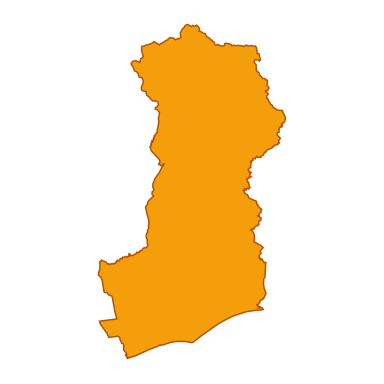 Tha Chana, Surat Thani, Thailand, rotated 91°
{"feature_id": "78962969B77729617047894", "entity_name": "Tha Chana", "entity_type": "district", "adm_level": 2, "iso_a3": "THA", "parent_name": "Thailand", "parent_adm1": "Surat Thani", "projection": "mercator", "projection_center": [98.995, 9.596], "detail": "fine", "context": "isolated", "style": "filled", "palette": "amber", "viewbox_px": 384, "rotation_deg": 91, "n_neighbors": 0, "source": "geoboundaries", "source_scale": "gbopen_adm2", "svg_char_len": 6042}
<svg xmlns="http://www.w3.org/2000/svg" viewBox="0 0 384 384"><g transform="rotate(91 192 192)"><path d="M359.4,253.7L357.0,246.2L350.4,232.4L346.6,222.9L345.3,221.2L345.7,220.5L345.6,219.3L342.7,210.6L341.7,204.8L341.6,195.7L342.6,189.7L342.4,188.5L336.0,180.7L325.2,166.0L321.2,159.9L315.5,149.3L310.8,135.9L309.1,125.9L308.7,119.9L308.2,118.7L306.6,119.8L306.6,121.8L305.4,121.9L305.6,122.8L306.6,122.8L306.8,123.9L304.6,124.0L304.3,125.0L303.6,125.2L303.2,124.8L303.4,124.2L302.8,123.4L301.9,123.3L301.3,122.1L299.8,122.2L299.2,121.2L298.7,121.1L298.1,119.4L297.5,119.6L296.8,118.3L292.0,116.2L287.3,118.1L283.3,118.9L277.9,118.8L275.6,117.5L262.4,117.1L261.7,117.5L261.4,117.0L261.0,117.9L261.2,118.8L258.6,120.3L258.6,122.2L258.2,122.8L257.3,122.8L257.2,122.4L256.9,123.4L256.1,123.3L255.6,123.8L253.9,123.4L252.0,121.8L250.1,122.7L249.5,122.6L246.4,119.9L244.1,122.5L240.7,129.1L236.0,128.6L232.5,129.4L230.0,130.7L228.9,132.8L227.8,131.6L228.2,130.9L227.8,129.2L227.1,129.1L225.4,127.9L224.5,126.8L224.6,125.6L222.9,124.3L221.7,124.9L220.0,124.7L219.7,123.7L218.7,122.5L217.2,122.9L216.7,122.5L216.0,123.8L214.8,124.3L215.2,125.6L214.9,125.9L214.6,125.0L213.1,124.8L212.6,123.9L211.7,123.8L210.9,122.5L209.3,122.7L208.3,122.0L205.2,125.4L204.0,126.3L203.4,126.1L203.1,126.9L201.7,127.4L201.1,127.1L200.0,127.7L197.2,134.7L193.8,136.5L192.8,138.6L191.7,139.6L191.4,139.4L190.0,140.0L189.5,140.7L189.0,139.8L187.7,139.7L188.1,138.8L188.8,138.9L189.2,138.0L188.9,137.6L187.7,137.4L187.4,136.5L188.1,135.5L187.0,134.8L186.7,134.0L184.6,135.3L183.9,134.9L182.0,135.6L181.2,135.5L181.0,136.6L180.1,136.9L179.0,136.7L178.9,137.1L178.1,136.9L178.1,137.8L177.5,136.4L176.4,135.4L176.9,134.7L175.8,134.3L175.7,133.3L175.2,134.3L173.6,134.5L171.4,133.2L171.5,134.8L171.1,135.2L170.1,134.8L169.7,135.7L168.5,136.1L166.9,134.7L166.5,133.6L164.9,134.0L164.4,133.6L163.3,133.7L161.8,133.2L160.5,134.0L160.2,132.8L159.7,133.0L159.4,132.6L159.2,131.5L157.9,131.8L157.5,130.9L157.7,129.4L156.3,129.2L155.9,127.9L155.4,127.8L156.3,126.9L156.2,123.9L154.3,122.5L154.0,121.4L153.0,120.8L152.0,120.7L151.1,120.0L151.1,119.3L150.7,119.4L150.5,118.7L149.8,118.5L148.0,116.5L146.5,112.6L145.7,112.2L145.3,111.5L144.4,111.2L144.4,110.3L143.3,109.2L143.3,107.7L142.7,106.8L141.9,106.9L142.1,106.3L141.4,105.6L139.3,106.3L136.7,104.6L133.5,107.8L132.0,108.1L131.2,107.6L130.6,105.8L128.4,106.5L127.8,105.6L126.6,105.8L125.6,105.4L125.7,104.4L125.2,103.1L124.2,103.9L123.7,102.6L122.2,103.5L121.7,103.1L121.5,101.7L119.4,100.4L117.3,99.9L115.5,100.0L110.8,102.5L109.0,102.9L108.6,107.9L105.7,112.5L103.8,113.4L103.1,115.0L101.4,115.6L100.1,116.8L97.1,118.0L96.6,119.1L94.2,118.8L92.9,117.3L91.2,118.5L90.9,119.7L89.6,120.4L89.1,118.0L87.2,117.0L86.1,117.1L83.6,118.9L79.6,118.4L78.8,118.9L78.7,120.1L77.5,120.7L77.1,123.2L76.5,124.1L75.5,124.6L74.0,126.3L71.6,127.2L70.0,129.3L68.3,129.9L63.7,130.1L61.3,132.1L59.7,132.0L58.6,131.0L58.6,129.2L59.9,126.8L58.6,125.7L55.6,126.9L52.5,127.4L52.4,129.0L51.7,129.5L49.0,129.4L45.5,130.6L44.9,131.6L45.1,133.5L44.5,135.2L45.1,138.5L44.1,140.1L45.6,143.2L44.9,144.9L44.6,148.0L45.0,150.8L44.4,152.8L45.1,154.8L43.5,155.9L42.6,161.0L43.1,161.8L44.7,162.0L45.5,163.4L45.4,166.8L44.0,168.5L44.0,169.3L44.8,170.1L44.8,171.1L44.0,171.9L42.3,172.2L41.6,172.7L41.2,173.8L39.8,174.7L39.5,176.0L37.4,177.7L36.8,179.7L33.3,181.8L33.0,183.7L31.4,186.0L31.2,187.8L29.2,187.2L28.5,187.5L26.5,188.6L25.1,190.2L26.3,192.3L25.4,194.2L26.6,195.6L24.6,199.1L24.8,200.2L25.9,201.8L27.6,202.7L28.4,203.9L30.1,205.0L32.9,206.3L34.5,206.5L37.5,205.7L38.9,207.2L38.9,209.0L40.0,210.9L38.3,213.7L38.1,216.7L39.0,218.2L40.4,219.1L41.3,221.4L42.6,222.3L42.9,224.0L44.0,224.8L44.4,226.2L45.5,227.1L42.2,232.8L43.1,233.3L44.9,236.6L46.1,241.2L46.9,242.1L47.1,244.5L48.3,244.9L51.6,244.8L57.8,243.0L59.7,245.6L63.4,246.6L61.7,250.5L62.4,253.5L64.3,255.0L65.5,255.0L67.8,253.2L71.9,251.7L72.9,249.4L74.0,248.1L77.8,247.1L78.8,243.9L79.5,243.4L83.1,242.5L88.9,244.7L91.4,243.7L91.9,242.5L92.1,239.9L95.8,239.2L98.2,236.1L99.9,235.0L101.8,232.3L101.6,229.7L102.2,228.4L103.5,227.4L105.2,227.1L105.9,227.4L107.7,228.8L108.2,230.1L109.0,230.3L109.7,230.1L110.5,227.9L113.2,225.9L116.8,226.3L118.5,226.9L122.5,226.4L127.9,227.2L130.9,228.0L133.1,227.8L133.8,228.8L135.3,229.3L136.2,230.5L136.8,230.2L137.0,230.8L137.6,230.5L138.6,231.2L139.2,230.9L139.2,231.6L140.6,231.5L141.1,232.5L142.5,232.0L142.1,233.2L143.3,233.1L144.0,233.9L144.7,233.9L144.9,233.3L145.7,233.8L146.5,233.4L147.6,234.9L150.8,233.7L153.0,232.1L158.5,226.6L161.0,224.7L163.7,224.8L164.1,225.8L165.0,225.8L165.1,224.9L166.1,223.9L165.6,222.2L164.4,220.7L164.5,220.3L167.3,222.3L173.1,225.0L179.9,229.7L181.1,229.6L184.2,231.2L187.7,231.3L190.0,230.2L192.1,230.8L192.4,231.8L195.0,232.0L196.8,230.4L201.6,235.4L202.4,235.5L203.0,236.2L205.1,236.3L207.6,238.2L212.8,237.2L219.5,235.1L224.2,234.5L227.5,235.0L228.9,234.6L230.9,235.8L233.1,235.8L234.7,236.8L237.5,237.1L241.0,235.9L244.6,235.9L245.9,235.1L247.4,235.9L248.4,236.7L248.7,239.1L250.0,240.6L251.0,240.9L251.5,242.7L252.9,243.2L252.8,243.9L253.4,244.1L253.7,245.2L253.2,246.1L254.3,246.6L256.5,250.1L256.8,251.2L254.9,253.4L255.0,254.0L257.4,253.4L257.0,254.4L258.2,255.2L257.6,256.4L258.0,257.0L258.4,260.1L259.0,260.6L260.0,260.6L259.8,262.4L262.2,264.1L262.3,265.0L261.6,265.4L262.6,266.4L263.3,266.3L263.7,267.1L264.3,267.1L264.4,267.9L265.3,268.5L264.9,269.3L265.3,270.5L265.0,271.4L265.6,271.7L265.9,272.8L265.1,274.2L265.5,275.4L263.3,277.0L262.5,279.8L261.7,281.0L262.2,281.3L262.2,281.8L262.8,281.8L263.5,283.1L266.2,282.7L271.2,282.9L274.1,284.0L276.8,284.1L279.0,281.5L282.7,280.1L292.9,278.3L294.0,277.8L294.1,275.3L296.2,273.6L297.5,270.4L298.1,270.0L312.5,267.1L320.2,264.9L322.8,282.3L323.9,282.0L326.0,281.1L335.1,274.4L338.9,272.6L337.5,263.9L338.4,262.0L341.4,261.1L344.4,259.6L344.9,258.1L347.3,257.5L348.4,257.9L349.8,257.4L351.2,257.6L354.4,254.7L355.1,254.7L355.9,255.7L356.4,255.4L356.3,254.6L357.2,255.0L358.5,254.2L358.3,253.4L359.4,253.7Z" fill="#f59e0b" stroke="#b45309" stroke-width="1.5"/></g></svg>